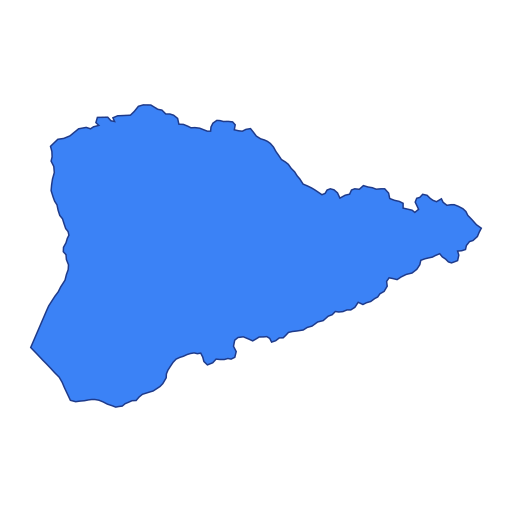 the district of Formigueiro, Rio Grande do Sul, Brazil
{"feature_id": "56859067B95835939959880", "entity_name": "Formigueiro", "entity_type": "district", "adm_level": 2, "iso_a3": "BRA", "parent_name": "Brazil", "parent_adm1": "Rio Grande do Sul", "projection": "robinson", "projection_center": [-53.474, -29.98], "detail": "fine", "context": "isolated", "style": "filled", "palette": "blue", "viewbox_px": 512, "rotation_deg": 0, "n_neighbors": 0, "source": "geoboundaries", "source_scale": "gbopen_adm2", "svg_char_len": 3488}
<svg xmlns="http://www.w3.org/2000/svg" viewBox="0 0 512 512"><path d="M161.9,110.1L157.8,109.3L150.8,105.0L143.2,104.9L138.4,106.3L134.3,111.4L130.4,115.2L117.6,115.8L112.9,117.8L114.6,121.5L111.0,120.8L107.7,117.2L97.4,117.4L95.9,122.6L98.8,125.4L93.5,126.8L90.5,128.8L86.2,127.4L78.6,128.8L69.9,135.9L63.8,138.4L57.8,139.3L50.5,146.3L51.9,151.5L52.1,156.9L51.1,161.1L53.8,166.5L54.3,172.6L52.5,179.0L51.6,185.0L51.1,190.6L53.1,197.0L54.6,201.1L57.0,204.9L58.1,210.2L59.8,215.5L62.5,218.8L64.0,223.6L65.7,228.6L68.1,231.6L68.9,235.2L67.3,238.4L66.0,242.8L63.5,247.3L63.3,251.7L66.0,254.7L66.4,259.5L68.5,264.8L68.2,269.6L66.4,274.6L65.0,280.2L60.7,286.9L58.2,291.9L55.0,296.1L51.9,300.9L48.7,305.9L46.8,310.1L30.7,347.5L33.2,350.1L36.3,353.3L39.7,356.9L42.9,360.3L46.5,363.9L50.4,368.0L54.5,372.5L59.2,377.2L62.2,382.4L64.4,387.6L70.4,400.3L75.7,401.7L79.9,401.1L84.5,400.7L88.5,399.9L91.7,399.5L94.9,399.5L98.9,400.2L103.1,401.9L107.3,404.1L112.1,405.7L115.7,407.1L118.9,406.5L122.2,406.1L125.1,403.7L128.9,402.1L132.0,400.7L136.1,400.5L139.2,396.9L142.4,394.3L146.2,393.1L149.7,392.0L153.1,391.0L156.2,389.0L160.0,386.5L162.8,383.6L166.2,377.8L166.4,373.9L167.9,370.2L170.2,366.6L173.0,362.4L176.1,359.1L179.8,357.4L183.3,356.3L187.2,354.5L190.5,353.5L194.1,352.9L197.4,353.7L200.7,353.1L202.7,357.0L203.9,361.5L207.4,364.9L212.7,362.8L216.1,359.1L220.0,359.5L224.3,359.5L227.9,358.5L231.1,359.1L234.8,357.3L236.2,351.6L233.5,346.3L234.7,340.2L238.0,337.5L243.3,336.8L248.8,339.1L252.7,340.9L255.8,339.1L259.2,337.0L263.6,336.9L266.8,336.6L269.7,338.4L271.6,342.1L275.7,340.7L279.3,337.9L283.2,337.8L285.6,335.5L288.5,332.4L292.4,331.5L296.8,331.0L303.2,330.0L307.3,327.4L312.0,326.1L317.6,322.0L323.2,320.6L328.2,316.2L332.2,314.7L335.3,311.5L338.7,312.0L342.9,311.6L347.0,309.9L350.8,309.9L354.9,307.3L358.2,302.3L362.9,304.5L366.5,302.7L370.7,301.5L374.8,298.5L377.7,297.0L379.9,293.8L384.1,291.4L387.2,286.2L386.6,281.4L389.1,277.8L393.1,278.6L397.1,279.6L401.0,277.0L406.3,274.4L412.1,273.0L416.9,269.2L419.8,264.7L420.8,260.3L424.9,258.8L428.6,257.9L432.4,257.1L435.2,255.6L439.7,253.7L442.3,256.9L445.6,259.1L448.4,261.9L451.5,262.9L454.5,261.8L457.6,260.6L458.8,255.1L457.6,251.1L461.8,250.7L465.5,249.5L466.4,245.5L469.5,241.6L473.0,240.5L477.4,236.5L479.2,232.2L481.3,228.2L476.4,224.7L471.7,219.4L467.8,215.4L465.9,211.5L462.9,208.7L458.3,206.3L454.2,204.7L451.0,204.7L446.9,205.3L443.1,202.3L441.4,198.8L436.5,201.7L432.9,200.3L430.1,198.3L427.1,195.3L422.7,194.3L419.8,197.4L416.7,198.3L415.2,202.1L418.6,209.3L414.8,212.4L412.1,210.2L407.4,209.1L403.1,208.1L403.1,203.3L399.3,201.4L394.4,200.3L389.7,198.5L388.6,193.1L384.7,188.8L381.0,188.8L376.2,189.2L372.3,187.7L368.0,187.0L363.4,185.6L359.3,189.3L354.7,188.8L351.5,190.0L349.6,194.2L345.2,195.2L339.9,198.1L337.5,192.9L334.0,189.8L330.3,188.8L327.1,190.0L325.1,193.4L321.9,194.7L318.4,192.3L314.7,189.8L311.5,187.9L307.6,186.0L303.1,184.1L299.7,178.8L297.1,175.8L294.6,171.8L291.2,168.4L288.3,164.3L285.4,162.0L281.4,159.5L278.6,155.3L275.9,151.5L273.5,147.1L270.4,143.5L267.5,141.4L264.5,140.0L260.6,138.8L256.3,136.1L253.4,132.2L250.5,128.6L245.9,129.4L242.3,131.2L238.7,130.8L234.3,129.8L235.2,124.8L232.6,121.9L228.2,121.4L223.4,121.5L220.0,120.6L216.8,120.4L212.9,123.2L211.0,127.0L210.6,131.2L207.4,131.2L203.8,129.8L199.7,128.2L194.9,127.6L191.0,127.8L187.8,126.2L183.4,124.4L178.9,124.2L177.6,118.4L173.6,115.2L169.9,114.0L165.8,114.0L161.9,110.1Z" fill="#3b82f6" stroke="#1e3a8a" stroke-width="1.5"/></svg>